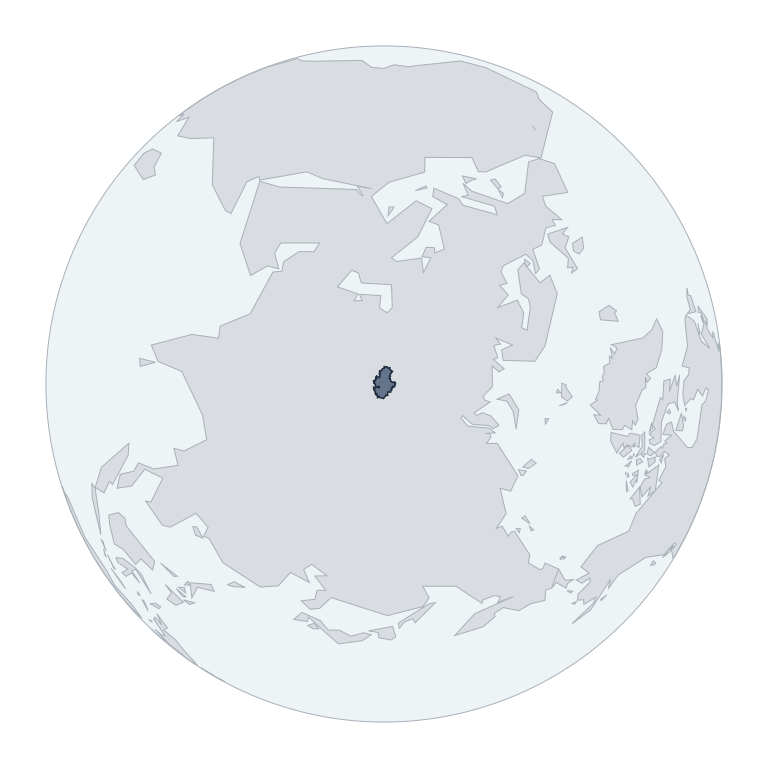 Aqmola on an orthographic globe, rotated 110°
{"feature_id": "KAZ-3202", "entity_name": "Aqmola", "entity_type": "Region", "adm_level": 1, "iso_a3": "KAZ", "parent_name": "Kazakhstan", "parent_adm1": "", "projection": "orthographic", "projection_center": [70.159, 51.837], "detail": "fine", "context": "on_globe", "style": "filled", "palette": "slate", "viewbox_px": 768, "rotation_deg": 110, "n_neighbors": 0, "source": "natural_earth", "source_scale": "10m", "svg_char_len": 14669}
<svg xmlns="http://www.w3.org/2000/svg" viewBox="0 0 768 768"><g transform="rotate(110 384 384)"><circle cx="384" cy="384" r="338" fill="#eef3f6" stroke="#a8b0b8"/><path d="M442.5,51.2L448.8,52.8L441.7,57.1L434.8,54.6L433.9,56.6L442.6,60.2L448.5,62.2L457.3,78.7L483.6,98.7L499.6,103.3L490.0,104.2L525.7,112.6L545.0,125.4L518.4,112.2L512.0,112.0L522.7,120.8L518.4,122.6L521.1,128.2L515.0,129.7L500.0,122.7L495.8,123.8L503.6,130.1L502.4,136.2L491.6,126.6L488.4,136.4L462.7,128.0L438.6,103.7L419.4,102.9L381.8,89.1L380.4,92.9L365.3,90.9L358.0,94.8L353.1,91.7L351.5,97.6L357.4,99.7L358.7,103.0L354.9,105.7L348.0,102.1L348.9,100.2L344.9,100.6L343.0,97.8L341.8,100.7L333.9,96.4L336.1,104.7L325.1,104.7L321.4,100.8L329.2,95.9L339.8,77.1L338.4,72.8L328.7,71.1L294.6,78.1L290.0,76.0L278.4,77.0L277.5,80.1L286.3,80.6L281.7,87.4L293.0,87.8L292.8,90.9L301.4,94.1L292.1,99.4L278.4,103.2L270.7,101.0L264.4,102.8L265.2,110.0L244.7,111.7L220.3,123.4L215.9,123.7L218.9,113.8L235.4,100.1L239.3,89.9L228.6,102.7L217.7,104.1L212.5,107.2L208.3,111.1L209.2,113.2L203.8,115.3L212.4,102.7L217.4,100.6L214.7,104.4L222.3,98.3L228.0,91.0L222.1,92.9L237.0,81.9L232.9,83.3L233.9,82.1L239.4,80.3L229.8,83.6L236.8,79.8L261.0,69.3L285.9,60.6L311.4,54.0L337.4,49.3L363.7,46.7L390.0,46.1L416.4,47.6L442.5,51.2ZM451.9,62.9L443.2,60.1L436.9,56.6L444.6,58.5L451.9,62.9ZM463.2,71.6L457.9,70.3L459.4,67.3L461.9,68.9L463.2,71.6ZM512.1,106.6L505.9,102.4L513.4,106.0L512.1,106.6ZM522.6,128.7L525.7,129.5L525.8,132.1L522.6,128.7ZM306.0,91.1L303.7,92.5L303.3,91.2L306.0,91.1ZM311.8,91.2L312.9,88.6L315.9,88.3L315.1,89.9L311.8,91.2ZM516.5,137.1L515.7,141.4L514.0,135.7L516.5,137.1ZM309.8,94.6L320.9,88.1L326.1,87.8L327.6,93.9L309.8,94.6ZM513.5,143.1L511.6,154.3L518.4,156.7L498.1,156.7L506.4,146.8L503.2,139.3L508.8,143.4L513.5,143.1ZM360.9,99.2L354.5,97.1L363.3,96.5L360.9,99.2ZM366.2,98.1L391.5,92.6L399.1,97.6L389.1,98.2L401.8,103.0L393.0,108.0L384.1,106.5L380.9,102.2L380.0,107.5L366.2,98.1ZM487.2,155.3L484.5,157.2L484.4,153.9L487.2,155.3ZM359.9,104.4L364.3,102.6L371.2,106.7L363.6,111.0L363.8,108.3L359.9,104.4ZM409.3,102.1L413.1,106.1L407.1,111.2L407.8,113.5L393.5,108.6L409.3,102.1ZM360.3,108.7L359.6,113.1L352.9,113.7L356.0,106.4L360.3,108.7ZM376.2,106.1L379.1,108.3L375.0,108.4L376.2,106.1ZM328.8,119.2L333.9,116.5L338.0,118.4L328.8,119.2ZM359.7,114.7L362.0,114.5L364.2,115.1L362.3,118.1L359.7,114.7ZM390.3,112.7L386.9,114.2L395.8,115.0L391.7,119.2L382.9,115.2L384.9,118.7L383.6,120.0L377.9,115.4L390.3,112.7ZM367.0,122.9L354.4,120.0L343.9,124.2L340.0,122.5L357.5,116.2L367.0,122.9ZM373.9,118.9L368.7,120.9L366.5,117.7L368.7,114.2L373.9,118.9ZM392.0,123.5L400.6,118.1L402.3,119.2L392.0,123.5ZM364.4,124.7L367.5,125.4L363.9,125.4L364.4,124.7ZM384.0,124.5L386.8,122.3L388.6,123.6L384.0,124.5ZM371.3,128.8L367.3,127.8L368.6,125.3L371.3,128.8ZM377.5,127.4L379.2,129.6L371.5,125.0L378.5,126.1L377.5,127.4ZM385.2,126.1L387.2,126.1L383.8,126.8L385.2,126.1ZM368.6,139.1L358.5,133.9L361.5,128.3L370.9,134.0L368.6,139.1ZM126.7,603.0L107.9,576.8L108.3,570.9L104.0,558.5L87.5,515.4L90.7,504.0L87.6,492.3L80.5,483.5L77.5,469.3L73.7,462.4L54.3,422.6L51.9,396.4L57.4,340.8L63.5,335.4L70.8,318.5L117.8,313.8L120.8,329.7L149.9,360.9L152.2,367.9L141.2,378.9L157.0,422.9L171.0,418.3L192.8,448.3L212.1,460.0L232.4,436.1L200.8,416.4L202.8,398.9L234.2,402.6L262.9,420.2L264.6,414.0L252.7,391.8L265.8,385.1L249.4,383.2L251.3,391.8L241.1,391.1L238.7,383.3L243.4,381.1L236.6,373.4L215.9,387.0L215.6,397.3L193.8,386.0L191.2,402.3L183.0,404.1L184.3,377.4L189.0,370.9L186.2,335.4L179.1,341.1L181.4,375.2L177.8,369.4L168.4,378.4L172.8,367.1L172.2,329.3L156.7,317.0L125.8,324.1L119.1,315.2L118.6,299.1L141.1,276.8L153.5,299.4L161.6,292.8L168.8,273.3L171.9,282.2L176.4,277.3L182.0,285.3L199.4,283.3L206.6,290.2L222.6,277.3L228.4,279.3L217.3,286.1L213.4,295.0L232.3,312.5L238.7,312.3L247.5,302.8L251.6,309.2L257.8,297.8L273.2,303.2L259.6,287.4L269.6,276.9L283.9,274.0L284.7,267.9L261.6,272.8L254.5,277.4L252.3,285.8L231.0,297.2L222.5,294.0L235.6,272.0L225.0,265.4L239.9,252.1L293.4,245.7L311.1,250.0L321.0,280.2L311.6,285.1L303.4,276.5L302.6,294.6L306.7,288.2L310.1,293.9L320.5,286.1L323.5,289.8L328.5,276.4L333.3,280.1L330.0,288.6L349.5,281.2L361.8,286.8L364.8,283.4L364.6,278.2L380.4,289.4L381.9,286.4L377.3,281.6L377.4,272.8L383.6,261.8L388.7,266.2L387.2,270.8L391.6,287.4L386.7,299.5L389.4,300.2L394.9,290.9L389.5,270.5L391.8,262.7L395.8,271.7L394.5,267.8L397.3,265.4L404.8,267.3L401.1,257.2L424.5,226.8L441.4,228.3L442.3,239.2L464.0,224.9L481.4,229.0L477.1,224.4L484.6,215.3L479.3,213.7L477.8,210.9L494.7,188.5L502.7,187.2L505.1,173.7L502.9,171.5L497.2,171.5L498.1,156.7L518.4,156.7L522.4,161.6L532.4,158.8L540.0,170.7L550.9,179.8L553.3,195.5L561.8,201.9L564.7,200.1L578.4,208.0L596.2,231.5L568.7,220.1L539.3,189.5L550.2,202.3L543.8,201.9L545.3,208.2L553.3,217.5L556.6,216.9L549.4,247.1L560.8,278.4L569.5,268.5L579.9,271.3L600.5,301.6L602.8,360.6L616.7,367.6L620.9,376.2L616.1,387.6L609.9,375.3L600.6,376.4L597.9,368.1L588.1,383.3L583.7,372.1L578.2,390.1L585.7,396.1L596.0,386.3L593.1,407.5L609.8,414.3L617.1,430.9L607.1,474.1L588.9,495.6L588.9,501.5L578.8,500.3L569.7,516.4L591.6,535.9L592.5,543.9L575.6,568.0L574.5,562.6L548.1,559.6L546.0,579.7L566.2,586.2L573.3,599.3L559.0,600.9L551.5,589.3L542.1,587.7L542.6,571.2L530.8,549.7L516.3,559.5L515.4,549.0L497.0,531.5L475.0,544.1L441.4,578.3L440.0,604.1L427.0,616.0L403.1,581.4L397.6,555.2L385.7,557.8L363.8,533.8L316.8,526.7L313.0,518.5L303.5,520.1L288.5,509.0L283.8,495.0L273.5,492.8L286.8,529.3L298.2,531.6L311.8,522.3L313.0,534.0L327.8,546.5L301.1,567.4L236.0,570.0L234.6,549.4L210.7,476.6L214.2,470.9L214.3,470.1L214.3,468.5L207.1,476.9L204.6,462.3L212.0,511.7L211.1,529.3L235.0,570.7L231.5,572.4L240.7,581.9L276.1,586.1L275.3,592.2L255.5,613.6L210.8,628.1L219.6,649.8L221.3,662.8L199.9,658.5L208.4,668.7L198.3,664.3L202.1,668.1L197.8,666.0L178.4,652.2L160.0,637.0L142.8,620.6L126.7,603.0ZM93.6,328.4L90.4,332.7L93.6,328.4ZM288.2,453.3L308.7,461.0L308.3,439.2L316.1,440.6L313.1,433.0L308.1,437.7L302.0,417.2L314.0,414.4L316.0,405.3L309.2,402.4L288.2,410.9L296.8,439.9L288.3,446.0L288.2,453.3ZM217.2,104.8L216.3,105.9L211.4,109.8L212.3,107.9L217.2,104.8ZM198.3,129.3L190.0,132.2L196.5,128.5L196.1,126.0L209.4,115.6L214.4,123.3L209.7,121.4L198.3,129.3ZM228.5,104.7L219.5,109.9L229.1,103.9L228.5,104.7ZM195.2,245.0L194.0,251.6L187.2,254.9L178.2,248.0L187.9,242.9L195.2,245.0ZM193.9,260.5L209.4,241.6L215.7,245.8L209.5,246.5L212.1,251.2L202.9,253.7L193.7,276.8L187.1,281.4L174.0,265.0L181.9,267.6L182.6,260.7L193.9,260.5ZM238.1,191.8L244.9,185.3L249.6,202.4L242.7,206.7L233.2,199.6L235.8,190.5L238.1,191.8ZM310.3,107.3L312.7,104.8L314.6,105.6L314.2,108.5L310.3,107.3ZM330.9,117.8L302.3,119.6L303.5,116.7L285.3,122.1L281.4,116.7L293.3,113.2L276.7,113.4L285.8,108.1L274.2,109.3L301.1,102.2L308.7,97.9L301.7,104.6L305.1,109.7L308.9,110.6L325.2,110.2L343.1,104.2L349.4,108.8L349.0,113.7L345.6,115.8L342.6,112.0L340.3,117.6L333.4,113.8L330.9,117.8ZM341.2,176.3L339.2,169.6L333.3,183.0L326.3,178.1L326.1,180.0L318.1,179.3L307.9,182.0L305.9,178.9L302.8,181.3L297.4,181.2L292.5,183.6L287.1,179.0L280.7,181.7L281.8,178.1L272.2,184.0L276.9,177.7L270.4,177.3L269.3,183.7L252.1,156.4L241.2,150.9L229.6,150.1L239.3,140.0L256.4,134.8L275.6,133.7L284.6,140.9L287.4,135.4L292.5,137.3L288.2,140.8L297.9,136.7L301.0,139.3L318.1,140.3L330.2,133.3L336.8,133.8L333.6,137.8L342.3,135.5L340.7,143.7L345.3,144.3L348.4,153.3L339.5,161.3L345.3,161.5L347.9,168.7L341.2,176.3ZM369.1,141.7L360.0,151.7L351.8,154.1L350.0,137.5L346.0,135.8L344.5,125.9L356.5,122.7L355.8,125.8L357.9,128.0L353.3,128.1L358.6,129.8L357.8,134.2L361.7,136.8L357.7,139.2L369.1,141.7ZM159.6,367.1L162.3,371.1L167.5,375.6L161.7,381.6L159.6,367.1ZM158.7,341.4L161.8,343.5L156.0,353.6L153.3,349.7L158.7,341.4ZM168.4,336.4L162.4,342.8L164.0,337.1L168.4,336.4ZM220.7,287.7L224.6,289.6L223.1,292.4L218.7,294.4L220.7,287.7ZM322.4,217.2L322.5,212.4L324.9,211.9L331.6,202.7L337.3,205.9L335.4,212.7L322.4,217.2ZM224.3,437.8L215.9,439.8L214.2,435.4L217.4,435.6L224.3,437.8ZM185.1,410.8L191.7,420.8L183.4,412.3L185.1,410.8ZM329.7,219.1L331.8,214.8L333.3,219.1L329.7,219.1ZM341.8,207.8L344.4,212.0L338.7,205.2L341.8,207.8ZM274.2,680.2L264.0,693.7L249.2,688.4L242.3,682.0L243.2,672.2L259.1,674.2L265.8,670.2L274.2,680.2ZM634.8,591.2L641.2,586.2L640.8,587.2L634.8,591.2ZM628.2,594.2L636.0,588.0L626.4,597.1L628.2,594.2ZM638.9,585.6L646.8,577.1L650.3,572.6L649.4,574.9L638.9,585.6ZM622.6,598.5L590.7,619.3L577.4,624.5L581.1,619.6L602.5,608.0L622.6,598.5ZM580.0,620.0L559.0,621.1L526.9,603.5L538.5,600.0L571.4,604.7L569.4,608.7L582.1,609.9L580.0,620.0ZM628.6,572.6L626.4,582.8L609.3,594.0L601.2,597.8L595.7,589.6L598.8,581.6L605.6,577.6L629.2,538.8L638.0,537.8L631.4,552.6L638.4,555.6L628.6,572.6ZM441.8,606.2L450.8,619.1L443.5,622.4L441.8,606.2ZM636.7,515.3L628.6,532.8L635.4,512.5L636.7,515.3ZM639.5,498.1L641.1,502.9L636.4,500.9L639.5,498.1ZM590.5,509.4L583.5,514.9L582.3,511.0L590.7,501.7L590.5,509.4ZM622.6,444.9L626.2,457.2L626.1,462.3L621.1,457.3L622.6,444.9ZM381.2,244.4L365.5,253.3L358.0,262.8L359.6,272.5L350.5,263.1L362.2,248.5L381.2,244.4ZM418.6,228.3L417.0,220.5L422.1,221.7L423.2,223.7L418.6,228.3ZM414.5,225.1L404.3,219.8L406.4,214.0L414.0,219.3L414.5,225.1ZM366.5,218.6L361.5,220.9L360.4,217.3L366.5,218.6ZM590.3,651.6L591.6,649.9L594.7,647.6L599.2,641.7L630.2,612.8L654.0,581.1L665.2,568.4L677.3,545.9L686.9,531.3L680.6,545.1L684.2,539.2L672.1,560.6L658.5,581.1L643.4,600.6L627.0,618.9L609.2,635.9L590.3,651.6ZM694.2,518.1L700.5,501.8L699.7,504.5L694.2,518.1ZM650.6,577.4L660.4,562.4L664.9,557.0L650.6,577.4ZM708.9,477.0L706.9,481.7L702.0,496.8L692.7,515.3L695.9,507.1L695.4,503.7L683.8,520.0L681.5,519.5L686.3,510.4L677.7,518.8L687.2,504.0L690.5,507.1L695.6,492.8L702.9,480.6L708.8,469.2L712.0,463.4L710.7,468.6L711.6,467.0L708.9,477.0ZM685.9,522.3L687.4,520.0L685.7,524.5L685.9,522.3ZM713.1,459.1L717.2,438.9L717.8,435.8L714.8,452.5L713.1,459.1ZM716.9,437.8L718.2,432.3L718.4,432.7L718.0,435.1L716.9,437.8ZM666.5,540.5L665.9,543.3L663.2,544.6L666.5,540.5ZM670.1,535.1L678.0,527.9L669.3,537.9L670.1,535.1ZM643.0,553.8L645.7,557.1L654.5,545.5L647.8,556.8L653.0,560.4L650.7,565.6L645.6,561.3L642.7,573.1L638.7,576.4L637.2,569.7L641.6,555.4L645.5,547.4L661.0,530.9L643.0,553.8ZM670.4,528.3L668.1,524.1L669.7,517.7L672.2,518.6L670.4,528.3ZM660.3,514.5L652.9,512.3L647.3,521.0L657.6,497.8L663.2,503.8L660.3,514.5ZM652.4,501.1L647.3,509.2L651.9,496.8L652.4,501.1ZM645.3,507.6L643.6,502.0L648.2,498.9L645.3,507.6ZM655.3,498.6L654.4,487.2L657.7,491.2L655.3,498.6ZM638.8,489.7L650.6,491.4L637.0,498.2L631.5,477.8L636.9,472.7L638.8,489.7ZM637.0,373.2L632.9,367.8L636.4,361.5L638.2,367.0L637.0,373.2ZM643.8,337.8L635.9,358.2L628.9,375.1L633.4,374.8L636.1,388.4L626.7,382.9L628.1,363.0L634.3,352.3L630.6,341.5L632.3,328.7L624.8,318.2L624.0,310.2L632.7,316.7L643.8,337.8ZM621.3,314.1L608.8,293.0L617.4,286.6L622.1,289.7L624.2,301.9L619.5,304.6L621.3,314.1ZM608.3,286.2L603.7,288.7L575.5,266.9L571.8,260.9L597.7,273.1L594.7,276.3L600.1,283.1L608.3,286.2ZM487.8,159.1L484.8,157.4L488.4,157.2L487.8,159.1ZM474.7,210.3L473.3,206.4L477.6,206.0L474.7,210.3ZM471.7,195.5L467.9,198.6L469.8,193.4L471.7,195.5ZM459.7,206.3L465.4,199.0L463.0,208.7L459.7,206.3Z" fill="#d9dde1" stroke="#a8b0b8" stroke-width="1"/><path d="M367.1,384.0L367.8,383.8L368.4,383.2L368.6,382.4L368.8,381.9L369.1,381.6L369.2,380.3L369.9,380.5L370.1,380.9L370.5,380.8L371.3,380.8L371.5,381.3L371.9,381.3L373.1,381.6L373.5,381.5L374.2,381.5L374.3,380.6L374.7,380.5L375.1,380.7L376.0,381.3L376.3,381.4L376.4,381.2L376.7,381.0L377.0,380.6L376.8,380.2L376.8,379.9L377.0,379.9L377.7,379.5L377.9,379.6L378.0,379.4L378.2,379.1L378.3,378.9L378.7,378.7L378.9,378.5L379.3,378.3L379.3,378.2L379.2,377.3L379.5,377.1L379.6,376.4L379.4,376.1L379.3,375.7L378.9,375.5L378.7,375.2L378.5,374.7L378.8,374.5L378.9,374.3L379.1,374.2L379.0,373.9L379.4,373.9L379.6,373.8L379.5,373.7L379.5,373.4L380.0,373.3L380.1,373.5L380.4,373.5L380.6,373.3L380.8,373.2L381.1,373.5L381.4,373.7L381.5,374.2L381.5,373.8L381.6,373.6L382.3,373.1L382.9,373.1L383.1,373.2L383.2,373.4L383.3,373.9L383.3,374.3L383.5,374.2L384.0,374.2L384.1,374.3L384.1,374.5L384.0,374.8L383.8,375.0L384.1,375.0L384.5,375.0L384.9,375.2L385.1,375.6L385.3,375.7L385.4,375.3L385.7,375.2L385.8,374.8L386.3,374.7L387.2,374.7L387.3,374.8L387.3,375.2L387.7,375.3L387.9,375.4L388.1,375.4L388.3,375.3L389.1,374.9L389.4,375.3L389.7,375.7L389.9,375.9L389.8,376.1L389.8,376.7L389.6,377.0L389.8,377.4L390.3,377.6L391.4,377.6L392.1,377.1L392.4,377.0L392.8,377.0L393.2,376.9L393.4,376.9L393.5,376.7L393.7,377.0L393.7,377.3L393.9,377.6L394.0,378.4L394.4,378.4L395.9,378.8L396.5,379.3L397.6,379.3L397.8,379.4L397.9,379.9L398.2,383.2L398.0,383.4L397.6,383.7L397.4,384.3L397.5,384.9L397.9,384.8L398.1,384.8L398.2,385.0L398.7,385.1L399.1,385.3L398.8,385.6L398.5,385.6L397.9,385.9L397.6,386.2L397.5,386.5L397.3,386.8L397.1,387.1L396.4,387.0L395.8,387.2L395.6,387.2L395.5,387.4L395.5,387.5L395.8,387.8L395.9,388.0L396.1,388.1L396.2,387.8L396.6,387.9L396.8,388.1L396.6,388.3L396.2,388.6L395.6,388.9L395.4,389.0L395.5,389.2L395.1,389.4L394.9,389.5L394.2,389.5L393.9,389.9L393.9,390.1L393.8,390.3L393.5,390.4L393.3,390.4L393.2,390.6L392.9,390.7L392.9,390.8L392.8,391.0L392.8,391.3L393.0,391.4L392.8,391.6L392.3,391.4L392.2,391.6L392.0,392.3L391.0,392.2L390.5,392.3L390.4,392.4L390.4,392.2L390.5,392.0L390.5,391.7L390.6,391.3L390.7,390.9L390.2,390.5L390.0,390.4L389.8,390.4L389.7,390.3L389.1,390.6L388.7,391.3L388.4,391.5L387.9,391.6L387.9,391.9L387.7,392.0L387.3,392.3L387.1,392.3L386.8,393.0L386.8,393.5L386.6,393.4L386.5,393.2L385.9,393.4L385.7,394.4L384.5,394.9L384.3,394.5L384.6,394.0L384.4,393.8L384.3,393.5L384.1,393.5L383.1,393.8L382.8,393.8L382.5,393.7L382.5,393.4L382.4,393.3L382.1,393.0L381.9,393.0L381.8,392.8L381.5,392.9L381.3,393.3L381.1,393.6L380.9,393.6L380.9,393.9L380.6,394.0L380.2,394.1L378.9,393.7L379.2,393.1L379.4,392.5L379.4,391.9L379.5,391.7L379.6,391.3L379.7,390.7L378.8,390.3L378.4,390.5L378.0,390.7L377.4,391.1L376.0,391.1L376.2,391.3L376.3,391.7L376.0,391.9L375.4,392.1L374.4,392.2L373.9,392.4L373.4,392.7L373.0,392.3L372.8,392.1L373.0,391.8L373.0,391.3L372.7,391.0L371.6,391.1L370.2,390.6L369.9,390.3L369.7,389.9L369.3,389.9L369.2,389.8L369.1,389.4L368.8,389.1L368.3,389.2L368.0,389.6L367.5,389.7L367.5,388.6L366.9,387.4L367.0,387.1L366.8,386.8L367.0,386.6L367.3,386.3L367.2,386.2L367.3,386.0L367.4,385.8L367.5,385.1L367.3,384.7L366.7,384.3L366.8,383.9L367.1,384.0ZM388.9,389.0L389.1,388.9L389.3,388.7L389.3,388.3L389.4,387.9L389.3,387.7L389.1,387.6L389.0,387.4L388.7,387.1L388.3,387.2L388.1,387.3L388.0,387.5L388.0,387.8L388.0,388.0L388.4,388.4L388.5,388.7L388.7,388.9L388.9,389.0Z" fill="#64748b" stroke="#1e293b" stroke-width="1.5"/></g></svg>